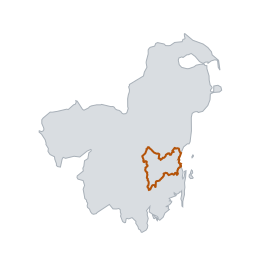 where Anzoátegui sits in Venezuela, rotated 98°
{"feature_id": "VEN-40", "entity_name": "Anzoátegui", "entity_type": "State", "adm_level": 1, "iso_a3": "VEN", "parent_name": "Venezuela", "parent_adm1": "", "projection": "orthographic", "projection_center": [-64.438, 8.961], "detail": "fine", "context": "in_parent", "style": "outline", "palette": "amber", "viewbox_px": 256, "rotation_deg": 98, "n_neighbors": 0, "source": "natural_earth", "source_scale": "10m", "svg_char_len": 8213}
<svg xmlns="http://www.w3.org/2000/svg" viewBox="0 0 256 256"><g transform="rotate(98 128 128)"><path d="M226.6,95.9L229.4,99.6L229.2,100.5L227.5,101.4L226.5,103.5L224.3,104.4L221.3,107.0L219.3,107.2L216.2,111.5L217.9,114.7L217.6,116.4L218.3,117.2L221.9,117.3L222.3,118.1L221.8,119.5L221.2,120.4L216.3,123.1L214.0,122.9L213.0,123.7L209.9,124.3L209.0,125.9L209.8,128.1L210.2,131.6L206.3,135.8L216.1,146.9L217.2,147.5L218.2,150.1L217.9,151.6L216.2,153.4L213.7,154.8L212.2,157.1L210.7,157.6L208.0,157.4L206.7,158.7L205.0,159.2L203.9,160.9L194.8,163.9L190.9,163.0L186.3,165.1L185.6,170.4L184.2,171.6L182.5,171.6L176.8,166.3L174.0,167.1L172.1,166.4L166.5,166.5L163.9,163.5L158.0,163.3L155.8,161.3L154.8,161.3L154.4,161.9L156.6,165.3L163.4,171.7L163.5,177.5L166.7,185.6L166.1,188.1L168.0,188.9L176.1,189.5L176.0,192.4L175.0,193.7L173.3,193.9L169.2,196.1L166.7,196.8L165.1,201.5L163.7,202.8L162.2,204.0L159.4,204.0L155.7,207.0L154.4,207.0L151.2,208.4L146.1,212.8L144.4,215.5L143.1,215.5L143.6,213.2L143.0,211.9L141.8,211.2L140.7,211.1L139.3,211.7L135.5,214.0L131.8,214.5L129.9,213.4L123.1,207.3L122.9,205.3L121.4,200.4L117.9,191.4L118.0,189.7L112.6,185.1L111.8,183.5L109.6,182.9L108.2,183.5L108.5,182.0L115.9,175.6L116.5,174.1L113.7,170.0L112.1,168.8L111.2,167.3L109.4,162.2L108.9,158.3L108.3,157.5L109.2,148.0L108.8,145.9L109.4,144.4L110.8,143.3L111.6,141.6L111.8,139.3L112.7,137.4L114.2,136.0L114.7,134.5L114.1,132.2L112.8,131.2L108.4,130.5L107.2,131.2L99.2,132.4L95.2,132.3L92.1,131.7L89.8,131.9L87.1,133.1L85.8,132.4L84.7,132.7L74.3,119.9L70.4,119.6L65.2,117.7L61.0,119.1L59.3,119.2L51.9,118.3L47.9,118.9L46.2,118.2L45.0,117.2L43.2,113.0L40.4,112.3L39.3,110.6L39.8,103.9L41.2,102.1L40.8,99.0L40.4,97.6L36.8,93.7L35.0,86.4L32.6,85.9L31.9,84.3L31.1,84.0L29.1,84.9L27.0,85.3L26.6,84.9L32.1,76.0L34.4,65.3L37.2,60.1L40.9,56.0L43.9,54.8L48.4,47.7L57.9,45.0L55.3,47.1L49.7,48.4L48.4,49.2L48.4,51.6L50.0,55.0L52.8,57.8L51.5,58.0L52.0,60.5L53.4,62.2L53.4,63.2L52.3,66.4L47.8,71.4L45.4,75.8L47.1,78.5L47.3,79.9L50.5,83.3L50.1,84.6L51.5,87.3L53.7,87.7L58.2,86.1L60.5,83.3L61.1,77.8L60.7,75.9L58.2,71.1L56.3,69.2L54.8,65.1L54.2,61.4L55.4,60.5L55.3,58.6L58.4,58.1L65.1,55.0L69.2,54.3L73.8,52.7L75.9,50.5L76.6,50.3L79.0,51.7L80.2,51.2L80.7,50.2L80.1,48.2L74.5,48.9L73.2,44.9L74.5,41.7L77.5,40.5L79.6,42.4L80.9,48.2L82.8,51.2L88.7,50.7L94.7,52.1L101.1,56.3L102.9,60.6L102.1,61.6L102.5,63.5L103.4,65.3L104.8,66.5L108.8,66.8L122.0,64.8L133.1,64.6L135.2,65.4L135.4,67.0L139.0,70.3L149.8,73.2L154.0,72.7L163.9,67.3L169.2,67.4L170.7,66.6L168.8,65.7L164.3,65.4L163.0,66.0L162.2,64.6L168.6,64.1L174.2,64.4L178.8,63.4L182.4,63.4L186.1,62.8L193.0,63.5L198.4,62.8L197.8,63.7L193.1,64.5L190.9,65.8L186.2,65.6L183.0,66.1L184.0,66.5L184.0,67.8L184.9,68.1L186.4,69.8L186.8,71.2L185.6,73.3L186.9,73.1L187.7,72.4L187.7,70.9L188.4,71.1L191.9,77.5L193.4,75.9L194.4,76.8L194.4,74.5L195.5,74.5L198.1,76.1L200.7,79.7L200.2,76.9L202.3,76.9L202.9,75.7L207.1,79.6L211.5,80.8L214.9,83.7L214.1,85.2L212.2,85.9L211.4,86.9L210.0,91.6L208.1,95.3L202.6,95.4L207.3,98.2L209.0,97.0L211.3,96.9L214.8,95.4L219.7,96.0L221.8,94.8L224.4,94.9L226.6,95.9ZM168.9,57.0L169.4,59.0L167.9,60.7L165.9,60.8L164.3,59.7L163.4,59.9L160.7,59.3L161.5,58.2L163.5,57.7L165.0,58.9L166.3,59.0L166.6,58.0L168.3,56.5L168.9,57.0ZM213.9,90.0L210.9,91.6L210.8,90.0L213.1,88.1L214.1,89.3L213.9,90.0ZM148.6,60.4L147.8,60.8L145.6,60.0L146.0,59.4L147.2,59.4L148.6,60.4ZM214.5,87.1L212.7,87.6L213.2,86.5L215.0,85.9L215.7,86.1L214.5,87.1Z" fill="#d9dde1" stroke="#a8b0b8" stroke-width="1"/><path d="M145.4,72.0L149.2,72.8L149.8,73.1L150.4,73.2L150.5,73.3L149.4,73.0L149.1,73.0L149.5,73.3L149.8,73.5L150.5,73.5L150.8,73.4L151.0,73.3L151.5,73.2L152.0,72.9L152.3,72.8L152.6,72.7L153.4,72.9L154.5,72.9L155.1,72.9L155.5,72.6L155.7,72.4L155.8,72.2L156.0,71.6L156.0,71.4L155.9,71.0L156.0,70.8L156.2,71.0L156.4,71.0L156.6,71.0L156.4,71.2L156.4,71.4L156.7,71.4L156.9,71.2L156.7,71.1L156.9,71.0L157.3,70.5L157.5,70.4L157.9,70.3L158.1,70.3L158.0,70.5L158.2,70.4L158.3,70.4L158.4,70.6L158.5,70.5L158.6,70.4L158.9,70.7L159.0,70.8L159.3,71.0L159.9,71.2L160.0,71.3L160.1,71.5L160.1,71.9L160.2,72.0L160.3,72.1L160.5,72.2L160.7,72.3L160.9,72.5L161.4,72.8L161.5,72.8L162.0,72.7L162.3,72.7L162.7,73.0L162.8,73.1L163.0,73.2L163.5,73.1L164.4,73.0L165.3,72.8L165.8,72.5L166.0,72.3L166.3,72.3L167.0,72.5L167.5,73.0L167.4,73.1L167.0,73.3L166.9,73.3L166.5,73.3L166.2,73.3L165.9,73.4L165.8,73.5L165.8,74.7L165.8,74.8L165.9,75.0L166.1,75.2L166.3,75.2L166.6,75.2L166.8,75.2L166.9,75.3L166.9,75.5L167.0,75.6L167.3,75.7L167.5,75.8L167.8,76.1L167.9,76.3L167.8,76.5L167.6,76.6L167.5,76.8L167.5,77.1L167.5,77.3L167.3,77.6L167.2,77.8L167.3,77.9L167.4,78.2L167.5,78.4L167.4,78.5L167.6,78.8L169.0,81.1L168.9,81.3L167.2,83.1L167.2,83.8L167.1,84.5L167.3,84.9L167.9,85.4L168.0,85.6L168.1,86.3L168.3,86.4L168.5,86.3L169.0,86.1L169.2,85.9L169.5,86.0L169.8,86.0L170.0,85.9L170.3,85.9L171.5,86.7L171.8,86.8L172.1,86.8L172.4,87.1L172.6,87.3L172.7,87.6L172.8,87.7L173.1,87.8L173.4,87.9L174.1,88.4L174.2,88.5L174.3,88.7L174.4,88.8L174.6,88.9L175.0,89.1L175.5,89.3L175.7,89.6L176.2,90.7L176.7,92.4L176.8,92.5L177.0,92.6L177.3,92.8L177.7,92.9L182.1,92.5L182.5,92.6L182.5,92.9L182.4,93.0L182.2,93.1L181.7,93.0L181.4,93.1L181.3,93.4L180.9,93.8L181.0,95.0L181.1,95.3L181.2,95.6L181.5,95.9L181.7,96.1L182.0,96.2L185.7,97.4L185.7,97.5L185.6,97.8L185.6,98.0L186.3,98.4L186.4,98.5L186.5,98.7L186.4,98.8L186.2,98.9L185.6,98.8L185.4,98.8L185.0,99.1L184.7,99.4L184.6,99.5L184.4,99.9L184.3,100.0L184.1,100.2L183.6,100.5L183.2,100.6L182.8,100.5L182.4,100.3L182.2,99.9L180.7,99.8L179.9,99.8L179.2,99.9L178.4,100.1L178.0,100.3L177.7,100.5L177.1,101.2L176.8,101.4L176.1,101.2L175.8,101.3L175.5,101.4L175.4,101.6L175.1,102.0L174.9,102.2L174.7,102.4L174.4,102.4L173.6,102.4L172.6,102.4L172.3,102.4L172.0,102.3L171.8,102.2L171.5,102.3L171.3,102.4L170.8,102.7L170.6,102.8L170.4,102.8L170.1,102.8L169.8,102.7L169.6,102.7L169.3,102.8L169.2,103.0L168.7,103.9L168.6,104.3L168.3,104.5L167.9,104.6L167.6,104.8L167.5,105.0L167.3,105.1L167.2,105.1L166.7,105.2L166.1,105.0L165.8,105.0L165.4,105.1L165.1,105.2L164.9,105.2L164.7,105.1L164.6,104.7L164.4,104.6L164.2,104.5L163.3,103.6L163.0,103.4L162.7,103.4L162.2,103.5L161.9,103.9L161.8,104.2L161.6,104.4L161.4,104.5L160.2,104.8L159.1,104.7L158.9,104.7L158.7,104.9L158.6,105.1L158.4,105.8L158.5,106.3L158.8,106.5L159.2,106.8L159.5,107.1L159.5,107.5L159.3,107.9L158.9,108.1L158.4,108.3L158.2,108.3L157.4,108.1L157.1,108.2L156.9,108.3L156.1,108.8L155.3,109.2L154.4,109.8L154.1,109.8L153.8,109.9L153.6,109.8L153.4,109.6L153.1,109.2L152.7,109.0L151.7,108.2L151.0,107.6L150.1,107.2L149.7,107.1L148.8,107.0L147.9,106.7L147.5,106.6L147.1,106.6L146.3,106.7L146.1,106.2L145.8,105.9L145.5,105.8L145.1,105.8L144.6,105.8L144.4,105.7L144.2,105.2L144.2,104.8L144.3,104.5L144.4,104.3L144.7,104.1L144.9,103.9L145.0,103.8L145.7,102.9L145.9,102.4L146.0,102.2L146.2,101.8L147.1,100.9L147.3,100.7L147.7,100.0L147.8,99.8L148.4,99.3L148.6,99.0L148.9,98.1L149.0,97.6L149.1,97.4L149.2,97.1L149.4,96.2L149.4,95.8L149.4,95.5L149.4,95.4L149.2,95.0L149.1,94.8L149.2,94.2L149.5,93.5L149.6,93.4L150.1,93.3L150.4,93.2L150.5,93.2L151.1,93.4L151.6,93.4L152.6,93.4L152.8,93.3L153.0,93.3L153.3,93.3L153.6,93.4L153.8,93.4L153.9,93.2L154.0,92.9L154.0,92.7L153.9,92.3L153.9,92.2L154.0,92.1L154.2,91.8L154.4,91.6L154.9,91.3L154.6,90.9L154.5,90.7L154.2,90.5L154.0,90.3L153.7,90.0L153.4,89.7L153.2,89.6L152.7,89.5L152.6,89.4L152.6,89.2L152.6,88.7L152.4,88.2L152.2,87.9L151.8,87.6L151.4,87.5L151.3,87.4L150.9,87.0L150.7,86.9L150.4,86.8L149.5,86.8L149.4,86.8L149.2,86.7L148.8,86.2L148.6,86.0L148.4,85.8L148.3,85.6L148.2,85.4L147.9,85.3L147.8,85.2L147.7,85.0L147.7,84.6L147.5,84.2L147.4,84.1L147.4,83.9L147.4,83.7L147.7,83.5L148.4,83.1L148.5,83.0L148.6,82.8L148.7,82.7L148.6,82.1L148.5,81.8L148.4,81.7L148.0,81.6L147.5,81.5L146.7,81.3L146.4,81.1L146.2,81.0L146.1,80.9L145.9,80.7L145.3,79.5L145.1,79.6L144.4,80.8L141.3,79.1L141.2,79.0L141.2,78.9L141.2,78.7L141.6,78.3L141.7,78.1L141.7,77.7L141.6,77.3L141.3,76.8L141.2,76.5L141.2,76.1L141.3,74.9L141.7,74.6L141.8,74.5L142.0,74.5L142.4,74.4L142.5,74.4L143.1,74.2L143.3,74.1L143.5,74.0L143.9,73.6L144.1,73.5L144.4,73.4L144.8,73.1L145.0,73.0L145.2,72.8L145.4,72.0Z" fill="none" stroke="#b45309" stroke-width="2"/></g></svg>